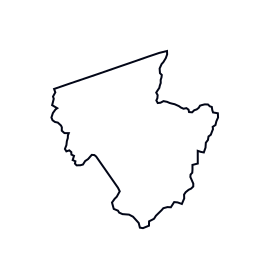 Cerro Grande do Sul, Rio Grande do Sul, Brazil, rotated 24°
{"feature_id": "56859067B43846706170936", "entity_name": "Cerro Grande do Sul", "entity_type": "district", "adm_level": 2, "iso_a3": "BRA", "parent_name": "Brazil", "parent_adm1": "Rio Grande do Sul", "projection": "albers", "projection_center": [-51.747, -30.579], "detail": "fine", "context": "isolated", "style": "outline", "palette": "ink", "viewbox_px": 256, "rotation_deg": 24, "n_neighbors": 0, "source": "geoboundaries", "source_scale": "gbopen_adm2", "svg_char_len": 1810}
<svg xmlns="http://www.w3.org/2000/svg" viewBox="0 0 256 256"><g transform="rotate(24 128 128)"><path d="M44.6,122.4L47.1,125.0L46.7,129.8L48.3,131.5L49.4,138.0L55.3,138.7L54.2,140.6L53.3,144.9L53.8,149.6L55.9,151.6L58.8,152.2L61.7,151.6L65.8,153.0L67.3,154.3L68.6,157.4L72.0,158.5L76.0,156.8L76.1,159.2L77.1,161.7L77.5,164.9L78.7,168.7L78.9,172.8L81.2,174.4L83.5,172.3L86.0,173.1L87.1,175.3L90.0,175.4L90.5,179.8L93.5,179.8L94.0,182.1L96.2,183.0L99.5,181.5L101.7,179.7L102.3,175.6L104.2,172.6L105.8,167.3L108.3,166.4L110.5,167.0L143.2,186.7L146.2,189.2L145.7,195.3L144.6,198.1L143.7,202.6L147.9,207.7L152.5,207.6L154.3,208.9L158.0,208.9L164.2,206.7L168.7,207.0L176.4,210.4L179.4,214.2L182.4,213.4L186.9,208.7L185.2,204.7L187.4,202.0L188.7,200.3L189.2,196.8L192.1,189.5L192.9,186.9L196.2,184.2L199.4,183.0L200.3,176.9L203.6,175.8L208.1,175.5L208.0,169.5L206.3,166.0L206.8,163.2L208.5,159.8L210.3,157.7L211.4,154.9L210.3,152.3L204.9,147.4L204.1,145.1L204.9,142.7L203.8,139.7L201.9,135.5L206.2,132.1L201.0,120.5L204.2,120.2L207.2,119.5L206.8,114.4L205.1,109.8L205.9,106.4L205.0,103.0L206.4,100.5L206.2,97.4L206.1,94.5L204.9,92.5L206.7,89.7L206.0,86.0L206.0,81.8L204.1,78.0L201.3,78.7L199.4,79.2L197.8,77.5L196.0,74.7L193.9,74.9L191.5,74.0L188.5,75.2L186.3,76.9L184.7,78.3L184.4,80.8L183.2,83.1L181.3,84.8L180.2,87.6L177.3,88.6L175.8,86.6L173.3,86.1L170.9,87.8L168.1,87.8L165.6,87.3L163.1,87.3L160.9,87.3L158.4,87.8L155.9,88.2L153.1,88.2L149.5,89.0L147.4,91.7L145.0,93.1L142.7,91.3L142.7,88.8L141.7,85.9L139.4,84.2L139.7,82.0L140.3,78.6L139.8,76.2L139.6,73.6L138.3,70.8L138.0,68.1L137.3,65.8L134.9,64.9L132.7,60.8L132.7,55.9L133.5,53.5L134.1,48.8L133.8,44.8L132.3,41.8L126.0,46.7L117.5,54.5L102.7,68.4L95.8,74.8L89.6,80.6L78.7,90.8L56.7,111.1L44.6,122.4Z" fill="none" stroke="#020617" stroke-width="2"/></g></svg>